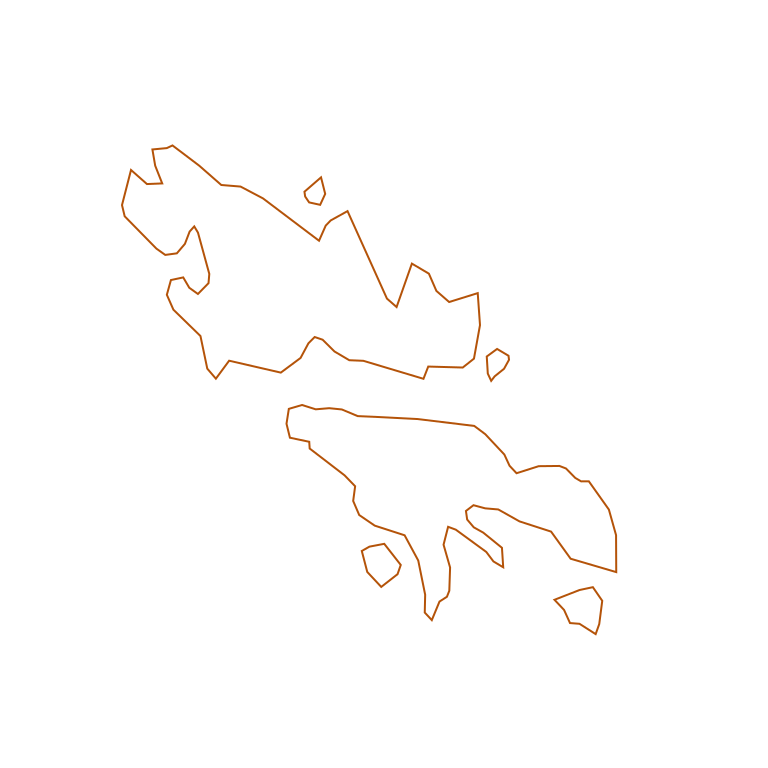 Falkland Islands, Natural Earth projection, rotated 232°
{"feature_id": "FLK", "entity_name": "Falkland Islands", "entity_type": "country or territory", "adm_level": 0, "iso_a3": "FLK", "parent_name": "South America", "parent_adm1": "", "projection": "natural_earth1", "projection_center": [-59.536, -51.789], "detail": "fine", "context": "isolated", "style": "outline", "palette": "amber", "viewbox_px": 768, "rotation_deg": 232, "n_neighbors": 0, "source": "natural_earth", "source_scale": "50m", "svg_char_len": 1950}
<svg xmlns="http://www.w3.org/2000/svg" viewBox="0 0 768 768"><g transform="rotate(232 384 384)"><path d="M504.9,254.2L534.8,268.9L572.2,263.8L588.0,267.8L597.1,280.1L591.6,291.4L579.7,289.8L569.5,292.8L571.5,307.8L578.3,314.1L617.8,330.6L625.0,331.5L623.8,324.7L617.0,313.4L614.5,301.2L620.4,291.1L630.8,288.0L675.8,282.9L686.3,287.7L708.4,316.4L687.5,320.3L678.6,332.7L696.9,338.1L711.4,345.9L703.6,358.1L702.2,364.2L669.8,372.8L641.0,378.3L627.9,392.5L604.8,402.9L536.9,421.0L544.7,435.6L545.7,442.7L542.7,461.7L449.5,438.9L436.9,441.3L461.7,480.1L443.3,487.3L425.1,482.6L408.5,485.8L397.9,513.8L371.3,495.9L348.6,470.5L348.5,456.2L370.5,429.6L363.8,418.3L415.0,382.0L424.1,371.3L440.1,365.0L456.7,362.9L463.7,358.3L462.6,349.5L455.9,334.3L456.5,309.7L497.7,276.3L491.7,254.8L504.9,254.2ZM223.8,302.3L252.1,307.1L278.1,289.5L296.0,283.8L310.8,287.7L321.2,298.3L336.3,296.7L378.9,285.7L384.5,289.5L399.6,276.8L412.7,282.7L423.0,293.7L417.9,306.5L406.1,314.6L398.7,325.9L389.9,335.1L374.9,343.5L363.3,357.1L335.7,388.9L295.4,429.3L282.1,432.9L254.3,435.4L242.3,432.6L232.1,433.5L224.0,455.3L211.4,471.8L205.4,475.4L192.2,476.9L185.9,479.4L181.2,485.5L146.6,483.9L122.0,473.8L92.8,451.2L131.4,423.5L164.8,424.8L192.3,406.2L214.8,396.8L223.7,387.2L233.4,379.9L233.5,370.4L226.0,366.1L215.8,366.5L205.8,370.7L182.3,376.1L166.2,365.1L176.8,361.0L188.7,361.2L225.0,350.9L232.0,346.6L220.7,332.0L198.7,323.1L180.9,308.2L177.6,302.6L178.4,293.8L168.5,276.3L178.8,275.4L192.6,286.7L223.8,302.3ZM81.1,383.4L95.1,386.8L109.0,385.5L101.3,411.2L95.3,423.5L78.8,422.5L62.3,405.8L56.6,396.8L74.7,390.4L81.1,383.4ZM257.9,285.8L231.1,285.8L225.8,277.6L225.8,256.9L246.2,255.1L266.1,263.7L264.8,272.4L257.9,285.8ZM342.0,494.7L329.6,499.5L326.1,497.4L322.1,488.0L321.9,475.9L320.5,470.4L328.3,472.2L342.4,481.9L342.0,494.7ZM584.5,439.7L585.6,461.6L570.0,454.7L564.5,444.0L573.2,436.8L580.3,437.3L584.5,439.7Z" fill="none" stroke="#b45309" stroke-width="2"/></g></svg>